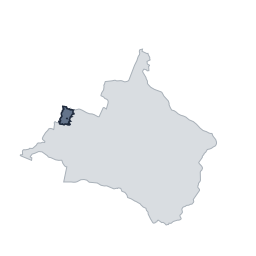 Dilolo, Katanga, Democratic Republic of the Congo shown in context, rotated 112°
{"feature_id": "63176286B33518015273847", "entity_name": "Dilolo", "entity_type": "district", "adm_level": 2, "iso_a3": "COD", "parent_name": "Democratic Republic of the Congo", "parent_adm1": "Katanga", "projection": "natural_earth1", "projection_center": [23.36, -10.539], "detail": "fine", "context": "in_parent", "style": "filled", "palette": "slate", "viewbox_px": 256, "rotation_deg": 112, "n_neighbors": 0, "source": "geoboundaries", "source_scale": "gbopen_adm2", "svg_char_len": 7072}
<svg xmlns="http://www.w3.org/2000/svg" viewBox="0 0 256 256"><g transform="rotate(112 128 128)"><path d="M202.1,167.4L186.9,170.2L187.2,171.2L187.0,172.2L186.6,173.0L185.1,175.2L182.8,177.2L182.8,177.7L183.9,180.0L184.6,183.0L184.4,188.5L184.7,189.9L184.7,191.1L183.9,192.3L182.3,198.8L183.3,202.0L186.3,204.9L188.1,207.1L191.0,207.9L191.5,207.8L191.7,206.0L194.1,205.3L194.0,216.9L193.8,217.6L193.4,217.7L192.8,217.3L192.7,216.2L192.0,215.8L189.1,217.2L188.4,217.2L187.6,216.9L187.0,216.3L186.9,215.4L184.8,212.0L183.8,211.8L182.7,208.8L178.2,206.5L176.4,206.3L175.5,205.7L174.6,203.3L173.1,201.7L172.8,200.0L172.5,199.8L171.5,200.1L170.7,202.8L169.7,203.5L167.8,203.5L163.2,202.7L159.8,201.3L158.9,201.4L157.6,200.2L157.1,198.1L157.4,196.5L157.1,196.3L152.0,197.6L150.8,198.4L149.6,198.2L149.3,197.8L149.8,196.7L149.5,195.5L149.2,194.9L147.7,194.5L147.2,193.2L146.3,193.0L146.0,193.2L145.7,194.1L145.2,194.3L142.1,193.9L139.0,195.1L134.7,194.8L132.7,196.1L132.4,196.1L132.0,195.4L131.6,193.2L131.8,192.6L132.4,192.2L132.6,191.3L132.4,189.0L132.6,188.4L132.4,187.1L131.7,185.0L130.8,183.3L128.9,180.8L128.6,179.6L128.7,176.7L129.3,172.1L129.2,168.8L128.4,166.6L128.3,164.2L128.8,160.0L128.3,159.0L118.6,158.6L118.2,158.3L118.0,157.7L118.5,155.2L112.6,155.8L110.8,156.3L109.7,157.3L109.3,158.6L109.3,160.5L108.4,162.2L108.2,165.2L106.6,165.5L104.9,165.5L101.8,164.9L98.7,165.7L97.2,166.5L96.4,166.2L93.7,166.5L93.3,166.2L90.2,160.4L88.8,158.4L88.5,157.5L88.6,156.5L88.2,155.3L86.7,152.3L86.5,150.9L86.5,148.7L86.3,148.0L85.0,146.1L84.1,145.4L83.2,145.1L67.4,145.4L62.2,145.0L58.3,145.3L56.4,145.1L55.9,144.8L54.1,145.2L53.2,146.0L51.9,146.4L51.0,146.3L49.4,144.1L51.6,143.7L51.9,138.3L51.3,137.5L52.5,136.6L54.4,134.3L56.3,133.5L56.5,133.0L56.9,133.1L57.6,134.0L59.2,135.3L61.2,134.2L61.5,133.9L61.7,131.6L62.2,131.4L63.1,131.9L63.6,131.9L64.4,131.3L67.0,130.1L67.8,131.6L67.1,132.9L67.4,133.8L67.4,135.2L67.9,135.5L69.9,135.7L70.5,135.4L74.5,130.2L75.5,129.6L77.2,127.6L79.5,126.6L80.4,125.0L81.7,122.2L82.3,118.0L82.1,110.8L82.3,109.9L85.0,106.6L87.8,100.8L89.6,99.2L91.1,98.6L93.2,96.5L95.0,94.3L94.7,91.7L95.1,89.6L96.1,86.8L96.4,83.9L96.1,80.9L96.2,78.4L97.5,74.4L97.6,69.8L98.8,66.0L101.1,61.1L102.2,57.5L102.0,53.9L102.3,51.3L102.2,49.7L101.7,48.4L102.0,47.5L102.8,47.2L103.9,45.8L105.9,42.3L108.0,40.6L109.4,40.1L111.0,40.1L112.0,40.4L113.6,41.8L115.4,42.9L116.8,44.3L118.2,46.4L121.4,46.9L122.8,47.7L123.7,47.9L124.0,47.7L124.7,47.9L126.2,48.5L127.5,48.1L133.5,49.5L134.2,48.8L135.9,45.2L137.2,43.9L139.3,43.8L140.9,44.5L141.8,44.5L149.2,41.3L150.2,41.2L152.9,41.9L154.6,41.4L155.4,41.6L156.9,41.0L158.1,38.8L159.1,38.3L169.8,40.7L171.5,39.5L172.3,39.4L174.6,40.2L175.4,41.6L176.8,42.7L177.8,44.7L179.4,45.7L180.2,46.8L181.2,47.5L183.1,47.7L185.6,46.0L187.3,46.2L189.1,47.1L189.7,47.1L191.0,46.1L191.7,45.0L192.4,44.7L193.4,45.2L194.3,46.2L195.0,47.7L197.7,51.0L200.3,52.4L200.9,54.4L201.9,54.2L202.4,54.4L203.0,55.7L203.5,56.0L203.6,56.5L202.9,57.7L202.3,60.0L203.1,61.4L202.5,63.5L202.1,65.6L203.0,66.1L204.1,66.1L205.1,67.2L205.8,67.4L206.6,68.5L206.5,69.5L203.9,73.0L200.1,77.2L198.8,77.7L198.1,78.5L197.6,79.8L196.5,80.8L195.7,81.2L195.6,84.3L194.3,87.5L193.8,88.1L193.1,93.3L193.2,94.2L192.5,98.4L192.6,102.3L190.8,103.6L189.5,105.5L188.9,106.8L188.9,110.0L186.8,112.0L186.7,112.4L187.2,114.7L188.0,115.0L188.0,115.8L189.7,118.2L189.6,125.7L189.7,126.4L190.6,128.2L191.2,131.6L190.5,135.9L192.8,143.7L191.8,146.6L192.2,149.4L193.6,152.3L196.9,155.1L197.8,156.3L198.6,157.9L199.3,160.4L202.1,167.4Z" fill="#d9dde1" stroke="#a8b0b8" stroke-width="1"/><path d="M146.7,183.1L146.3,183.0L146.2,183.0L146.1,183.3L146.2,183.5L146.4,183.6L146.4,183.8L146.3,184.1L146.5,184.1L146.5,184.3L146.4,184.6L145.8,183.4L145.8,183.8L145.9,184.1L146.1,184.5L146.0,184.8L145.3,184.8L145.2,184.8L145.1,184.7L144.9,184.8L144.9,185.0L144.8,185.3L144.6,185.3L144.5,185.2L144.4,184.7L144.0,184.4L143.9,184.4L143.7,184.7L143.4,184.6L143.4,184.1L143.2,183.8L143.1,184.1L142.9,184.3L142.8,184.6L142.6,185.3L142.4,185.5L142.1,185.4L141.9,185.4L141.5,185.3L141.3,185.3L141.2,185.3L140.8,185.4L140.7,185.4L140.5,185.6L140.2,185.6L139.8,185.6L139.7,185.5L139.4,185.5L139.4,185.4L139.2,185.2L139.1,184.9L138.9,184.7L138.6,184.4L138.6,184.5L138.6,184.8L138.5,185.0L138.4,185.1L137.9,185.1L137.7,185.1L137.4,185.1L137.2,185.0L136.9,185.0L136.6,184.9L136.2,184.8L136.1,184.4L135.9,184.2L135.7,184.2L135.3,183.6L135.2,183.4L135.0,183.5L134.9,183.5L134.7,183.6L134.6,184.1L134.7,184.5L134.5,184.8L134.3,184.9L134.0,185.0L133.4,185.2L133.2,185.2L132.9,185.2L132.4,185.6L131.9,185.4L132.0,185.7L132.0,185.8L131.9,185.9L131.9,186.0L132.0,186.4L132.1,186.6L132.1,186.8L132.1,187.0L132.3,187.2L132.1,187.4L132.1,187.5L132.5,187.6L132.6,187.8L132.7,188.2L132.8,188.3L132.8,188.5L132.7,188.7L132.7,188.8L132.6,189.0L132.5,189.4L132.5,189.5L132.4,189.5L132.5,189.6L132.7,189.8L132.7,190.0L132.7,190.4L132.7,190.9L132.7,191.1L132.8,191.3L132.8,191.7L132.9,191.9L132.8,192.0L132.7,192.1L132.4,192.1L132.3,192.3L132.1,192.4L131.8,192.6L131.7,192.7L131.6,192.8L131.5,193.0L131.6,193.3L131.7,193.5L131.8,193.7L131.8,193.8L131.8,194.2L131.8,194.3L131.9,194.5L131.9,194.9L131.9,195.1L132.0,195.3L132.1,195.5L132.3,195.8L132.3,196.0L132.2,196.4L132.3,196.4L132.4,196.6L132.5,196.6L132.7,196.4L132.9,196.2L133.0,195.9L133.6,195.9L133.8,195.8L134.0,195.6L134.2,195.4L134.2,195.2L134.1,194.9L134.2,194.7L134.3,194.6L134.5,194.6L134.8,194.5L135.1,194.8L135.5,195.0L135.8,195.1L136.1,195.3L136.6,195.3L136.7,195.2L136.8,195.0L137.0,195.0L137.1,194.9L137.3,194.9L137.5,195.0L138.0,195.2L138.3,195.2L138.6,195.3L138.9,195.4L139.0,195.4L139.5,195.1L139.8,195.2L140.0,195.2L140.4,194.8L140.6,194.7L141.1,194.3L141.1,194.2L141.3,194.1L141.5,193.9L141.8,193.7L142.1,193.6L142.5,193.7L142.7,193.8L142.8,193.8L142.9,194.0L143.1,194.1L143.3,194.2L143.5,194.1L143.8,194.3L144.0,194.3L144.3,194.2L144.6,194.2L144.7,194.3L144.9,194.4L145.0,194.5L145.3,194.5L145.5,194.4L145.6,194.2L145.9,194.0L146.1,193.8L146.2,193.6L146.3,193.5L146.3,193.3L146.4,193.2L146.5,193.2L146.9,193.2L147.0,193.2L147.3,193.3L147.5,193.3L147.6,193.5L147.6,193.8L147.7,194.0L147.7,194.3L147.6,194.5L147.9,194.6L148.0,194.5L148.0,194.4L147.9,194.2L148.0,194.1L148.4,194.0L148.5,194.0L148.6,193.8L148.7,193.6L148.7,193.4L148.7,193.2L148.8,193.2L149.0,193.1L149.3,193.2L149.6,193.2L149.8,193.0L149.8,192.9L149.8,192.7L149.8,192.4L149.8,192.2L149.7,192.1L149.6,191.9L149.5,191.6L149.5,191.4L149.4,191.2L149.4,190.9L149.2,190.7L149.3,190.7L149.2,190.7L149.1,190.4L149.1,190.2L149.1,189.9L149.0,189.6L149.1,189.4L149.1,189.2L149.0,188.8L148.9,188.7L149.0,188.5L148.9,188.3L148.7,188.3L148.5,188.2L148.3,188.2L148.3,187.9L148.2,187.8L147.9,187.7L147.6,187.4L147.5,187.2L147.7,186.8L147.7,186.7L147.5,186.4L147.4,186.2L147.4,185.8L147.7,185.6L147.7,185.4L147.7,185.2L147.6,184.9L147.4,184.7L147.2,184.2L147.3,184.2L147.4,183.9L147.3,183.7L147.1,183.7L146.8,183.7L146.7,183.6L146.7,183.3L146.8,183.2L146.7,183.1L146.7,183.1ZM142.1,187.9L142.2,188.0L142.1,188.3L141.9,188.2L142.0,188.0L142.1,187.9Z" fill="#64748b" stroke="#1e293b" stroke-width="1.5"/></g></svg>